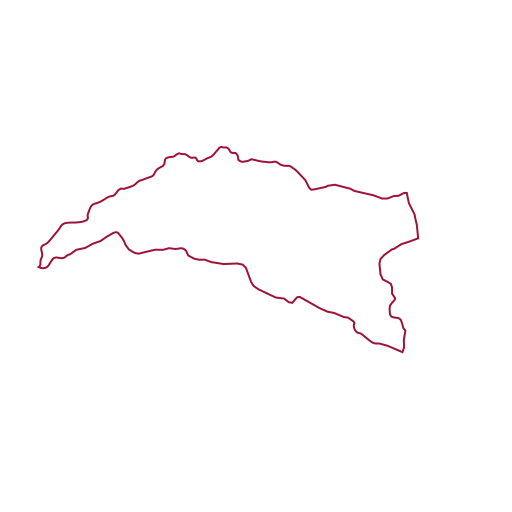 the district of Ostuncalco, Quezaltenango, Guatemala, rotated 38°
{"feature_id": "79465075B83673504677566", "entity_name": "Ostuncalco", "entity_type": "district", "adm_level": 2, "iso_a3": "GTM", "parent_name": "Guatemala", "parent_adm1": "Quezaltenango", "projection": "robinson", "projection_center": [-91.717, 14.862], "detail": "fine", "context": "isolated", "style": "outline", "palette": "rose", "viewbox_px": 512, "rotation_deg": 38, "n_neighbors": 0, "source": "geoboundaries", "source_scale": "gbopen_adm2", "svg_char_len": 3931}
<svg xmlns="http://www.w3.org/2000/svg" viewBox="0 0 512 512"><g transform="rotate(38 256 256)"><path d="M336.0,113.5L333.9,115.1L331.2,120.9L327.9,123.6L324.1,129.9L320.0,133.1L311.3,135.8L293.4,144.2L288.9,144.9L274.3,151.3L269.3,156.5L268.5,158.5L260.6,168.0L258.6,169.8L255.7,169.4L248.0,165.8L236.7,164.1L234.9,163.9L234.0,163.9L232.8,163.8L231.0,164.0L228.9,164.0L226.7,164.5L223.0,167.3L220.8,168.4L219.1,168.9L215.7,169.1L213.8,169.4L212.3,170.4L211.0,172.0L209.7,173.3L207.7,174.7L205.1,176.3L202.0,178.2L199.5,179.5L195.4,181.3L192.8,182.6L192.0,184.2L191.6,185.2L190.9,186.3L187.7,189.8L186.5,190.6L184.5,191.1L183.0,191.0L182.0,190.3L180.9,189.1L179.7,188.2L178.6,187.7L177.3,187.5L176.3,187.5L175.1,188.4L174.3,189.1L172.9,189.8L171.7,189.7L170.2,189.0L169.0,188.6L167.7,188.3L166.2,188.5L165.4,189.0L164.6,189.7L163.2,190.7L161.2,191.6L160.5,193.4L160.5,195.6L160.3,198.2L160.2,201.3L160.1,202.6L159.5,205.5L158.8,206.7L157.4,209.0L155.9,212.5L154.8,214.7L153.6,215.9L152.4,216.8L151.3,217.0L149.9,216.5L148.9,215.9L147.8,215.8L146.2,216.8L145.6,217.6L144.5,218.5L143.4,218.8L142.2,218.9L141.3,219.0L139.1,219.0L137.7,219.4L136.7,219.9L135.5,220.9L134.2,221.6L132.6,222.2L131.8,222.9L130.7,225.4L130.2,227.8L129.5,228.9L128.2,230.1L127.1,231.2L125.4,233.3L124.9,234.6L125.0,235.9L125.6,237.2L126.3,238.5L127.1,239.9L127.2,241.6L127.0,242.9L126.2,244.5L125.3,246.8L124.8,248.6L124.7,250.7L124.8,252.2L125.3,254.0L125.4,255.4L125.2,256.6L124.6,258.0L123.6,259.4L120.7,264.1L119.5,266.2L118.3,267.7L117.5,269.3L117.1,270.7L116.9,272.2L116.5,274.8L115.5,277.0L114.3,279.0L111.8,282.6L110.7,284.3L108.0,286.1L107.1,288.4L107.0,289.6L107.0,292.5L107.0,294.9L106.3,296.6L104.6,298.5L103.4,300.2L102.6,302.0L102.0,303.7L101.1,306.2L100.0,308.9L98.2,312.1L96.8,314.0L96.0,315.3L95.6,316.6L95.5,317.7L95.5,318.8L95.8,320.4L96.3,322.1L97.2,324.9L97.8,326.8L98.4,327.7L99.3,328.7L100.1,329.4L100.6,330.9L100.3,332.4L99.6,333.6L98.6,335.2L96.8,337.3L93.4,340.6L90.3,343.0L87.5,345.4L85.6,347.3L84.6,348.9L84.1,350.3L83.9,351.5L83.9,352.8L84.1,354.7L84.3,356.6L84.1,363.3L84.0,368.8L83.7,373.6L83.1,375.5L82.3,377.3L81.5,378.9L81.4,380.8L81.8,381.9L82.5,382.8L83.2,383.5L84.2,384.3L85.5,385.3L86.3,386.1L87.0,386.9L87.6,387.9L88.2,389.6L88.4,390.7L88.9,392.0L89.5,393.0L90.5,394.4L91.3,395.4L91.8,397.0L91.5,398.5L93.7,397.9L95.4,397.0L96.6,395.9L97.5,394.7L98.0,393.4L98.3,392.0L98.3,390.2L97.9,387.2L97.8,385.5L97.6,384.3L97.6,383.3L98.0,382.1L98.7,381.0L99.8,379.9L101.5,379.0L103.4,377.9L104.7,377.0L105.4,376.1L106.1,375.0L106.6,372.6L106.9,371.7L107.3,370.5L108.2,369.7L109.6,365.2L110.5,361.9L112.6,359.3L116.4,354.9L119.8,346.9L124.3,339.9L126.3,333.3L129.4,325.6L130.8,323.6L132.7,322.7L139.1,324.1L142.3,325.3L146.8,327.7L151.8,329.1L155.8,328.7L159.2,328.0L162.3,326.2L166.9,320.3L172.8,313.0L178.8,308.5L180.9,305.8L182.7,303.3L188.1,300.2L192.2,296.0L194.3,294.9L197.3,294.8L202.3,297.3L208.8,296.2L213.4,294.0L217.8,290.5L224.6,288.3L235.4,282.3L245.9,273.4L248.4,272.2L250.8,271.0L255.3,271.5L268.3,279.6L272.7,281.1L278.7,280.7L289.1,278.4L297.2,276.5L304.3,272.3L310.3,272.2L313.4,270.6L313.8,263.3L315.6,261.3L338.0,258.0L346.8,255.8L352.6,252.8L362.9,250.0L366.4,247.9L373.0,247.5L374.8,248.2L375.8,250.6L377.4,252.1L379.1,253.2L381.2,253.9L383.1,253.9L384.6,253.3L385.9,252.7L387.8,252.5L392.3,252.6L395.3,252.7L398.7,252.7L401.2,252.5L403.7,251.6L407.3,248.9L415.1,245.7L430.6,241.6L429.0,236.9L424.2,231.2L419.7,222.9L416.4,222.1L412.7,219.2L409.4,217.2L408.1,217.1L406.4,217.2L403.1,219.2L400.2,220.4L397.9,219.7L396.3,218.2L393.7,215.3L392.1,212.4L392.0,208.8L392.3,206.3L392.1,204.6L391.5,203.6L386.4,201.9L382.5,197.0L379.6,195.0L376.7,195.2L370.3,196.4L365.4,193.8L358.0,186.1L356.0,181.9L356.4,176.3L359.0,167.2L360.3,165.5L363.3,157.1L367.8,150.5L370.9,145.5L372.3,143.1L372.9,142.2L363.3,132.2L359.7,129.4L355.3,125.6L343.9,120.2L336.0,113.5Z" fill="none" stroke="#9f1239" stroke-width="2"/></g></svg>